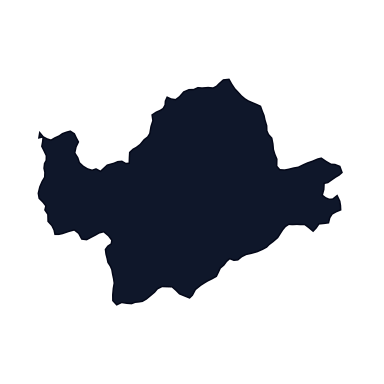 Capitão Andrade, Minas Gerais, Brazil, rotated 348°
{"feature_id": "56859067B3276419285071", "entity_name": "Capitão Andrade", "entity_type": "district", "adm_level": 2, "iso_a3": "BRA", "parent_name": "Brazil", "parent_adm1": "Minas Gerais", "projection": "natural_earth1", "projection_center": [-41.826, -19.051], "detail": "fine", "context": "isolated", "style": "filled", "palette": "ink", "viewbox_px": 384, "rotation_deg": 348, "n_neighbors": 0, "source": "geoboundaries", "source_scale": "gbopen_adm2", "svg_char_len": 2714}
<svg xmlns="http://www.w3.org/2000/svg" viewBox="0 0 384 384"><g transform="rotate(348 192 192)"><path d="M57.9,107.1L56.3,112.0L54.6,116.1L55.8,120.7L57.1,126.2L56.0,130.8L53.7,133.5L52.2,138.0L52.2,142.3L51.0,146.9L47.6,150.6L44.2,155.4L41.4,161.3L41.2,166.4L44.0,170.7L46.2,175.2L44.4,179.0L46.4,183.9L45.1,190.8L48.0,195.7L49.2,200.5L49.2,204.9L53.0,205.7L56.5,205.7L63.3,204.9L69.0,204.6L72.6,208.9L74.4,215.1L79.0,216.7L84.2,215.2L88.6,214.0L92.6,212.7L97.4,212.5L101.3,217.5L103.6,222.5L102.2,226.0L98.4,227.5L95.4,230.2L95.0,234.9L95.2,239.3L95.2,243.5L96.7,247.3L97.5,251.1L97.3,255.7L97.3,260.7L97.0,265.0L95.0,270.0L93.1,276.2L92.0,281.8L94.9,286.7L100.2,285.4L105.2,287.3L109.7,288.6L113.4,288.0L117.0,288.4L120.7,288.6L125.0,287.2L130.0,284.6L134.5,282.2L138.0,279.5L143.0,278.2L147.9,279.4L152.8,280.6L156.0,284.9L158.6,289.0L163.3,292.2L167.6,295.1L170.9,293.0L175.0,288.1L181.1,285.0L185.6,283.3L188.8,282.2L193.6,281.0L198.3,279.5L201.1,275.9L203.8,272.3L207.9,270.1L211.3,267.1L215.0,265.0L218.8,267.5L222.7,267.9L227.1,265.6L232.0,264.3L237.1,264.3L243.3,263.9L249.1,262.7L253.5,261.4L256.3,259.5L260.8,257.4L266.3,254.4L270.0,250.6L272.9,247.7L276.1,245.2L279.9,243.7L283.4,244.7L287.9,245.4L291.4,246.4L295.6,247.3L298.9,251.1L302.3,255.5L305.9,253.0L309.5,249.6L315.0,250.2L319.1,250.5L321.4,245.8L324.4,242.7L328.8,241.3L333.7,240.4L334.4,236.1L334.6,231.7L333.2,225.7L328.0,228.3L324.5,227.6L321.4,225.4L318.7,222.2L321.4,217.0L323.0,211.0L326.8,211.0L331.0,209.2L335.2,207.4L339.4,206.0L342.8,204.1L341.9,197.7L337.5,194.8L333.7,193.8L329.4,189.9L325.5,185.8L321.8,185.9L316.2,187.0L311.1,187.6L306.8,188.5L301.2,189.9L296.3,189.7L291.1,189.9L287.2,189.8L282.5,188.5L280.2,184.4L281.8,177.5L280.8,172.2L280.4,167.4L281.1,161.8L281.2,155.9L278.7,151.6L277.9,147.7L278.8,142.7L278.3,136.9L278.3,132.1L277.5,127.6L276.8,122.4L273.3,119.8L270.0,117.5L265.9,114.6L263.1,111.9L260.2,108.2L257.4,103.4L255.3,100.0L253.2,94.7L251.6,89.5L246.0,88.9L241.2,91.6L238.0,93.7L234.3,94.7L229.5,93.2L223.4,92.4L219.5,91.2L215.0,92.2L210.4,91.3L204.7,92.4L199.7,96.2L195.2,98.3L190.9,96.7L187.4,94.1L184.9,97.5L183.8,101.4L181.1,104.4L177.9,105.6L173.6,106.5L169.0,108.3L168.6,114.1L165.6,119.3L162.9,126.1L160.1,129.0L156.1,130.9L151.2,134.8L146.7,136.9L143.3,137.9L139.3,140.3L138.0,145.1L136.6,150.8L133.1,150.4L129.8,147.4L125.7,146.9L121.6,147.7L114.7,148.1L111.5,150.0L106.8,152.8L102.9,149.5L98.8,150.0L94.5,147.6L90.9,144.2L87.9,139.9L87.4,134.9L85.4,129.4L87.9,123.8L91.3,119.4L90.0,114.9L89.0,110.6L85.6,107.2L81.8,107.4L77.4,108.0L74.0,109.5L69.0,110.6L64.9,112.0L61.2,109.9L57.9,107.1ZM53.5,107.2L57.9,107.1L55.4,102.3L53.5,107.2Z" fill="#0f172a" stroke="#020617" stroke-width="1.5"/></g></svg>